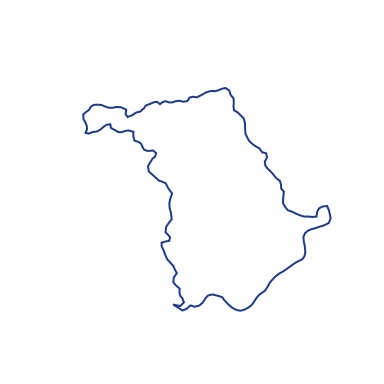 the district of Santana do Paraíso, Minas Gerais, Brazil, rotated 31°
{"feature_id": "56859067B5957115857707", "entity_name": "Santana do Paraíso", "entity_type": "district", "adm_level": 2, "iso_a3": "BRA", "parent_name": "Brazil", "parent_adm1": "Minas Gerais", "projection": "mercator", "projection_center": [-42.534, -19.392], "detail": "fine", "context": "isolated", "style": "outline", "palette": "blue", "viewbox_px": 384, "rotation_deg": 31, "n_neighbors": 0, "source": "geoboundaries", "source_scale": "gbopen_adm2", "svg_char_len": 2667}
<svg xmlns="http://www.w3.org/2000/svg" viewBox="0 0 384 384"><g transform="rotate(31 192 192)"><path d="M179.4,90.4L175.0,88.8L171.6,85.8L167.1,85.6L164.4,88.2L162.2,91.2L159.8,93.8L156.0,95.8L152.8,99.3L150.5,103.4L147.4,108.3L143.7,109.9L141.3,112.3L141.3,116.4L138.2,119.0L134.2,120.3L131.2,122.6L129.0,125.3L126.0,127.1L122.4,127.8L120.4,130.4L119.3,133.2L115.8,132.7L113.4,134.3L111.1,137.5L107.9,141.6L107.6,145.3L106.3,149.5L103.2,152.7L101.2,157.0L98.1,160.9L95.0,159.5L93.2,155.3L87.5,155.9L83.5,158.0L80.6,160.7L76.9,162.8L73.3,163.5L69.5,164.1L65.5,166.1L62.8,168.1L61.3,171.3L61.4,174.9L59.9,178.2L58.8,181.5L61.6,185.6L65.3,187.6L67.6,189.4L69.6,192.1L70.4,196.2L73.6,195.0L75.8,191.9L79.4,189.1L81.7,184.9L82.8,181.2L84.2,178.3L87.2,176.0L89.3,178.8L93.3,178.7L98.4,178.5L100.9,177.0L103.1,174.2L105.7,172.0L110.8,170.6L112.8,174.2L116.1,177.6L119.8,176.7L123.2,176.7L126.3,178.8L129.0,180.3L132.6,179.8L137.3,176.5L141.3,177.1L142.1,180.8L141.0,183.6L140.9,188.1L141.0,192.7L144.4,196.7L153.3,198.3L157.7,199.3L161.2,198.5L165.0,198.1L170.2,201.3L175.7,203.5L176.9,209.1L178.4,213.4L181.1,217.3L184.9,220.9L188.6,225.8L188.0,230.8L187.8,235.2L190.1,240.2L193.5,241.0L196.5,242.1L197.6,245.6L194.8,248.1L192.0,251.1L194.0,254.2L197.1,256.2L201.8,259.9L205.3,262.4L209.7,263.7L214.0,265.0L217.3,267.3L220.8,269.3L220.4,274.7L222.5,279.1L226.6,280.4L231.2,281.2L233.2,284.9L235.4,287.0L238.8,288.3L241.9,290.8L240.7,295.8L233.7,298.2L244.9,298.4L247.5,295.1L249.1,290.0L253.3,289.0L256.7,285.7L258.2,281.2L258.3,275.9L259.1,272.4L262.2,269.3L268.2,267.5L272.3,266.6L275.1,268.0L278.0,268.8L281.9,269.8L286.0,270.5L290.9,270.2L294.7,268.8L297.4,266.0L299.7,262.3L301.3,258.2L301.7,254.7L301.8,250.1L302.4,246.1L304.0,242.3L305.4,239.0L305.6,234.2L305.4,229.6L306.0,226.1L307.1,221.3L308.8,217.0L310.5,214.0L312.1,210.9L314.1,206.2L315.9,202.0L317.3,199.0L319.1,196.0L321.2,192.7L321.5,189.3L320.1,185.1L316.5,180.3L312.9,176.3L310.7,173.2L310.1,169.1L311.1,165.9L313.0,163.0L316.1,159.7L319.3,156.0L322.7,152.1L325.2,148.1L324.4,143.2L321.2,139.6L318.8,137.2L315.0,134.4L311.4,137.2L309.3,140.7L309.6,145.1L311.4,148.9L308.0,151.4L304.0,153.3L300.7,155.3L297.0,156.3L292.3,157.0L288.1,157.3L283.4,158.3L279.5,156.8L276.1,155.0L274.1,151.9L272.4,148.3L270.5,144.3L266.8,143.2L264.3,139.6L261.4,137.1L258.3,136.9L255.4,136.2L252.4,135.0L248.2,133.7L244.8,133.1L241.3,131.6L238.8,128.6L238.5,123.7L235.5,120.6L231.8,121.8L227.3,119.9L223.1,120.1L219.0,119.7L215.4,119.0L211.8,117.2L207.8,114.5L204.6,109.9L202.0,105.8L198.4,102.3L194.2,101.2L190.3,100.3L185.9,100.3L183.7,97.6L181.7,93.7L179.4,90.4Z" fill="none" stroke="#1e3a8a" stroke-width="2"/></g></svg>